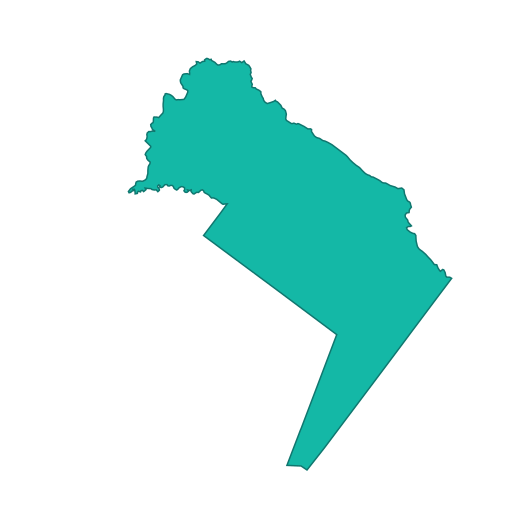 outline of Cujubim, Rondônia, Brazil, rotated 307°
{"feature_id": "56859067B44004203412105", "entity_name": "Cujubim", "entity_type": "district", "adm_level": 2, "iso_a3": "BRA", "parent_name": "Brazil", "parent_adm1": "Rondônia", "projection": "natural_earth1", "projection_center": [-62.503, -9.128], "detail": "fine", "context": "isolated", "style": "filled", "palette": "teal", "viewbox_px": 512, "rotation_deg": 307, "n_neighbors": 0, "source": "geoboundaries", "source_scale": "gbopen_adm2", "svg_char_len": 4485}
<svg xmlns="http://www.w3.org/2000/svg" viewBox="0 0 512 512"><g transform="rotate(307 256 256)"><path d="M375.3,91.3L373.6,93.2L371.5,92.7L369.0,91.5L366.2,90.8L363.6,91.5L362.1,93.0L361.0,93.7L360.3,91.4L358.0,88.9L356.6,88.3L352.7,89.2L351.0,89.6L349.7,90.8L348.9,91.9L348.0,94.4L347.4,95.9L346.4,96.5L346.3,97.8L347.0,100.5L347.0,102.0L345.8,102.9L340.9,104.1L339.1,104.2L337.7,104.2L334.8,101.0L334.1,99.8L332.7,98.4L332.5,97.1L333.3,93.5L333.3,91.6L333.0,89.6L331.6,86.4L330.7,85.9L329.6,86.5L328.1,86.4L326.4,87.1L324.3,88.7L321.6,90.3L319.6,91.8L317.3,93.9L315.6,95.1L314.1,95.6L311.8,95.3L308.0,95.0L307.3,93.3L305.6,90.9L304.5,91.1L301.6,93.1L300.5,93.5L299.4,93.0L297.6,92.8L296.2,94.2L295.7,95.6L294.8,97.1L294.9,100.5L294.2,99.3L293.2,97.9L291.7,96.7L290.9,95.5L288.8,95.1L287.2,95.8L286.0,97.1L283.9,98.2L282.7,98.4L281.3,98.2L280.3,105.9L279.3,106.5L274.1,105.9L271.9,106.0L270.3,106.5L269.7,108.6L268.1,110.1L267.5,112.0L267.3,115.0L265.8,115.8L263.8,115.9L262.3,116.3L259.5,118.0L256.8,120.0L253.7,121.2L252.7,121.8L251.4,122.0L249.9,121.7L248.4,121.0L247.2,120.2L246.1,118.2L244.6,116.5L242.9,115.8L241.2,116.5L239.9,117.2L238.2,116.7L234.2,115.3L230.7,115.3L230.1,116.6L231.4,117.6L233.1,117.9L234.4,118.7L235.1,117.6L236.1,118.7L235.5,119.7L234.2,121.0L232.9,122.1L234.6,123.6L235.6,123.0L236.9,123.1L237.7,125.2L239.0,124.8L240.1,125.9L239.8,127.5L241.0,127.8L242.8,128.2L243.5,126.6L244.7,128.7L245.7,130.3L246.5,131.4L246.5,133.0L247.6,135.2L248.8,136.5L248.3,138.9L250.3,139.3L251.3,138.5L251.9,136.0L252.8,135.3L254.3,135.5L254.4,137.1L253.1,137.5L253.6,139.1L255.0,140.0L258.1,140.3L259.5,142.0L259.0,143.5L259.8,144.7L260.9,145.2L261.9,146.5L261.8,148.0L260.8,149.7L260.7,151.4L261.0,153.0L262.3,153.4L264.1,153.5L266.3,154.4L267.3,156.0L267.5,157.8L266.0,159.1L264.7,159.2L264.3,160.7L264.7,161.9L265.6,162.7L267.1,163.0L267.6,161.7L268.3,163.4L269.8,164.4L268.4,165.3L268.1,166.7L267.8,168.1L268.2,169.2L269.9,169.8L271.2,170.3L272.1,171.8L273.5,172.1L275.3,172.4L276.6,173.4L276.5,175.0L275.6,176.4L275.8,178.0L276.1,179.8L276.3,181.8L275.8,183.9L275.5,185.5L276.6,186.7L277.1,188.0L277.6,190.7L277.4,195.1L277.3,197.3L277.5,198.6L278.6,199.6L280.3,201.6L268.9,201.8L240.8,201.8L241.5,294.9L241.8,367.8L184.5,384.5L145.6,395.8L143.9,396.2L121.6,402.6L107.4,406.7L113.1,415.0L115.4,418.3L115.8,425.5L143.8,426.1L234.1,426.0L274.0,425.9L290.6,425.8L331.0,425.7L355.9,425.7L355.7,423.6L353.9,421.0L354.2,419.7L356.6,417.0L357.9,414.4L357.6,413.2L354.7,412.4L355.2,410.5L356.1,408.3L357.8,405.6L356.5,403.6L358.1,398.0L358.8,393.6L359.4,390.8L359.8,386.0L359.7,383.8L359.8,381.8L360.5,379.7L361.2,378.6L364.3,374.9L367.1,372.5L368.6,371.3L369.3,369.2L368.5,367.7L367.9,364.9L368.0,360.9L369.2,359.2L371.1,359.8L372.5,361.5L373.6,362.0L374.0,360.2L374.2,358.7L374.8,356.8L375.9,355.6L376.9,351.9L378.5,350.4L380.9,350.3L382.8,352.1L384.8,350.9L386.1,350.6L388.5,350.7L389.9,348.7L391.1,347.4L391.5,346.2L391.2,344.1L391.7,342.5L395.0,337.2L396.4,335.8L397.9,334.3L398.0,331.5L395.2,328.8L394.8,325.6L393.0,320.7L392.7,318.2L392.3,315.7L391.0,313.7L390.6,312.4L390.7,309.6L390.4,307.3L389.5,302.0L388.6,300.5L388.7,298.3L388.0,296.3L387.7,293.9L387.8,292.3L388.2,289.3L388.8,286.3L388.9,285.0L388.7,281.3L388.9,277.1L389.4,273.0L390.3,269.3L390.6,267.3L390.6,257.1L390.6,249.6L390.0,245.1L389.3,241.9L388.4,239.9L388.2,236.1L387.1,233.3L387.0,232.0L387.0,230.4L388.8,225.4L390.5,224.2L390.3,222.9L389.5,222.0L388.7,220.9L388.4,216.5L387.4,211.0L387.0,209.8L385.6,209.0L384.9,206.3L383.8,205.5L383.0,204.4L382.9,202.2L382.6,198.8L383.3,197.3L385.6,195.9L387.5,194.9L388.8,193.3L389.8,192.0L390.2,190.1L389.9,187.8L390.7,186.3L391.3,185.1L391.6,183.2L391.8,181.9L392.0,180.4L391.6,179.0L392.0,177.8L390.1,177.1L389.0,176.4L386.5,174.7L384.5,173.2L384.3,170.6L384.9,168.5L386.2,166.9L386.9,165.1L388.5,162.3L390.1,161.0L390.2,159.0L389.9,157.2L389.5,155.9L389.9,154.2L388.9,152.8L388.4,151.3L389.1,150.4L390.9,149.7L391.7,148.1L392.5,146.8L394.1,146.6L395.5,146.1L396.0,144.6L397.6,142.1L399.5,141.7L401.0,140.0L402.4,139.3L403.4,137.0L403.9,135.4L403.4,132.2L404.6,129.1L401.9,128.3L401.7,125.6L400.5,125.1L399.4,124.0L398.0,122.0L397.6,120.8L396.6,120.3L396.4,118.4L394.8,116.9L393.0,116.6L391.3,115.9L390.2,114.7L388.7,112.7L386.9,112.1L385.6,110.7L385.5,109.3L385.9,106.6L385.4,102.8L386.1,101.8L384.9,100.9L384.6,98.6L384.0,97.6L381.7,96.9L380.7,97.8L379.1,96.2L376.3,95.2L376.3,93.0L375.3,91.3Z" fill="#14b8a6" stroke="#0f766e" stroke-width="1.5"/></g></svg>